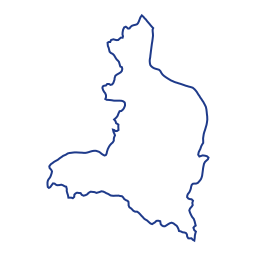 the district of Alfenas, Minas Gerais, Brazil
{"feature_id": "56859067B80403864608636", "entity_name": "Alfenas", "entity_type": "district", "adm_level": 2, "iso_a3": "BRA", "parent_name": "Brazil", "parent_adm1": "Minas Gerais", "projection": "robinson", "projection_center": [-45.986, -21.364], "detail": "fine", "context": "isolated", "style": "outline", "palette": "blue", "viewbox_px": 256, "rotation_deg": 0, "n_neighbors": 0, "source": "geoboundaries", "source_scale": "gbopen_adm2", "svg_char_len": 4960}
<svg xmlns="http://www.w3.org/2000/svg" viewBox="0 0 256 256"><path d="M153.2,28.1L151.9,26.8L150.6,25.3L149.4,23.8L148.0,22.2L146.9,20.9L145.9,19.5L144.6,18.3L143.5,16.9L141.8,15.4L140.4,17.4L139.7,19.2L138.9,21.3L138.1,23.0L137.1,24.2L135.8,24.7L133.6,25.2L131.9,25.8L130.5,27.0L129.5,28.4L128.1,28.6L127.0,27.6L125.8,26.7L124.2,27.4L123.1,29.7L122.6,32.4L122.5,34.5L123.0,36.2L122.6,37.7L120.9,37.6L119.6,38.7L118.2,40.0L116.4,40.1L114.8,39.7L113.4,39.3L111.1,40.0L110.2,42.0L108.8,42.0L107.6,42.7L107.7,44.3L107.9,46.0L108.7,47.9L109.1,49.6L109.6,51.7L110.9,53.0L112.7,53.9L114.1,55.3L115.1,57.0L116.0,58.5L116.8,59.6L117.9,60.6L118.9,61.8L119.3,63.1L119.8,64.8L120.3,66.5L121.9,67.2L122.3,69.0L121.8,71.0L120.7,72.3L118.8,73.5L117.0,74.5L115.4,75.7L114.6,78.1L114.5,79.7L114.0,81.0L113.4,82.8L112.2,84.4L110.5,84.9L109.0,84.0L107.2,84.0L105.9,85.5L104.1,85.7L102.8,86.4L102.4,87.9L103.1,90.1L104.2,92.0L105.2,93.2L106.0,95.2L106.0,97.3L105.3,99.0L106.7,99.8L108.4,99.9L110.5,100.1L112.1,100.3L113.5,100.6L115.5,100.7L117.5,100.7L118.9,100.7L120.1,100.7L121.7,100.8L123.4,101.4L124.7,102.5L125.0,104.1L125.0,105.6L124.4,107.1L123.8,108.4L122.9,109.6L121.3,111.0L119.6,111.2L118.5,113.4L117.6,115.8L116.5,117.3L115.4,118.4L114.1,119.5L115.6,121.3L116.1,123.2L117.2,123.8L118.4,124.6L118.3,126.5L118.4,128.4L118.5,130.0L117.0,131.0L115.5,131.1L114.3,130.1L113.0,129.7L113.6,132.2L114.3,133.6L115.0,135.3L114.1,137.4L113.8,138.8L113.8,140.7L112.7,142.5L111.3,143.7L109.8,145.4L108.8,147.1L107.8,149.1L107.0,151.6L106.6,153.6L105.8,155.1L104.5,155.5L103.3,154.9L101.7,153.9L100.2,152.6L99.0,151.8L97.5,151.3L95.9,150.8L94.0,150.8L92.1,151.1L90.3,151.6L88.8,152.1L87.0,152.6L85.3,152.9L84.0,152.9L82.1,152.7L79.8,152.6L78.0,152.5L76.3,152.4L74.6,152.4L72.7,152.6L71.3,152.8L69.4,153.0L67.6,153.5L66.2,154.5L64.7,155.2L63.2,155.8L61.7,156.9L60.2,157.9L59.0,158.8L57.8,159.8L56.5,160.5L55.0,161.3L53.7,162.1L52.5,163.1L51.2,163.9L50.2,165.0L49.3,166.3L49.6,168.0L51.2,169.8L52.0,171.4L51.6,173.3L51.0,175.1L50.4,176.7L49.6,178.0L48.7,179.1L47.9,180.5L47.5,182.3L47.5,184.7L47.8,187.0L48.9,187.9L50.3,187.1L51.5,185.4L53.0,183.4L54.6,183.6L55.9,184.7L57.1,185.2L59.2,185.1L61.3,184.7L63.0,185.3L64.7,186.3L66.2,186.7L66.8,189.0L66.7,190.9L67.3,193.2L68.0,195.3L68.4,197.7L69.9,197.7L71.4,197.7L72.8,198.2L74.2,196.9L74.4,194.6L75.6,193.4L77.0,192.7L78.9,193.0L80.6,193.1L81.7,194.8L83.6,195.7L85.7,195.1L87.4,194.2L88.3,193.1L89.5,192.3L90.7,191.7L92.3,191.9L94.5,192.1L96.5,192.9L98.2,192.4L99.6,192.0L101.4,191.3L103.3,191.6L105.0,192.4L106.3,193.2L107.7,193.7L109.3,194.6L110.5,195.4L112.1,195.7L113.6,195.8L115.3,195.7L116.8,195.7L118.5,195.6L120.1,196.0L121.9,196.2L123.1,197.3L124.2,199.0L126.0,200.2L127.5,200.8L128.4,201.7L128.6,203.4L128.6,205.4L129.4,207.3L131.1,208.4L132.1,209.4L133.4,210.8L135.2,211.7L137.1,211.7L138.5,212.6L140.1,214.2L141.4,215.7L142.8,217.1L144.1,218.6L145.2,219.4L147.0,220.4L149.1,222.3L150.5,223.5L152.1,224.1L153.7,223.1L155.0,222.3L156.4,220.9L158.1,220.7L160.2,221.2L160.7,224.1L161.7,225.3L163.2,226.2L164.8,226.3L166.2,225.5L168.0,224.3L169.7,223.3L171.6,222.7L173.5,223.4L175.0,224.6L176.7,225.8L177.7,227.4L178.5,229.2L179.0,231.0L180.8,231.4L182.6,232.3L184.5,232.5L185.9,233.0L186.9,234.4L187.2,236.6L188.3,238.3L189.8,238.4L191.5,238.3L192.7,239.7L194.3,240.6L194.7,238.0L194.9,235.4L195.4,233.2L195.9,231.6L194.3,230.2L193.4,227.8L194.4,226.5L195.7,225.6L195.2,223.7L194.6,221.2L193.7,218.8L192.1,216.9L191.0,214.8L190.0,212.6L189.3,210.4L190.0,208.6L190.9,207.5L191.8,206.5L192.7,205.1L192.3,202.9L193.0,200.7L191.6,199.3L189.9,199.1L188.4,198.6L187.1,197.1L187.3,195.4L187.9,194.0L189.3,192.3L190.2,190.4L190.8,188.6L191.1,186.9L191.7,184.9L192.8,183.8L194.1,183.6L196.0,183.6L197.7,183.0L199.1,181.5L200.1,180.3L200.9,179.2L201.5,177.8L202.1,175.8L202.5,172.9L202.8,170.7L203.0,168.9L203.3,167.1L203.6,165.7L204.0,163.8L205.0,161.9L206.4,160.6L207.9,159.3L208.5,157.6L206.9,156.2L205.0,155.7L202.7,155.4L200.9,156.0L199.4,156.5L198.2,154.7L198.7,152.2L199.6,150.3L200.3,149.0L200.8,147.5L201.3,146.1L202.2,144.4L203.2,142.9L203.2,141.1L203.1,138.3L203.5,135.6L203.8,133.8L204.3,132.0L205.0,130.0L205.7,127.6L206.5,124.9L206.9,122.8L207.1,121.3L207.3,119.6L207.2,116.4L206.9,114.0L206.7,111.9L206.4,109.4L205.9,107.0L205.1,105.3L204.2,103.6L203.3,101.9L202.3,100.5L201.5,99.2L200.2,97.4L199.3,95.8L198.4,94.6L197.6,93.3L196.9,92.1L195.9,90.8L194.6,89.3L192.7,87.7L190.5,87.0L188.8,86.6L187.2,86.1L185.7,85.7L183.8,85.0L181.8,84.3L180.6,83.9L178.9,83.4L177.1,82.8L175.7,82.4L174.3,81.9L172.8,81.2L171.1,80.5L169.6,79.6L167.8,78.5L165.8,77.2L164.0,75.9L162.5,74.5L161.3,72.8L160.4,71.1L159.1,69.8L157.5,69.3L155.7,68.8L154.2,68.3L152.6,67.4L151.2,66.2L150.3,65.0L149.9,63.3L149.7,61.0L149.8,59.4L150.2,57.3L150.4,55.3L150.7,53.0L150.9,51.3L151.2,49.0L151.5,46.7L151.7,45.2L151.9,43.7L152.3,41.3L152.7,38.3L153.0,35.7L152.9,33.7L152.7,31.7L152.6,29.7L153.2,28.1Z" fill="none" stroke="#1e3a8a" stroke-width="2"/></svg>